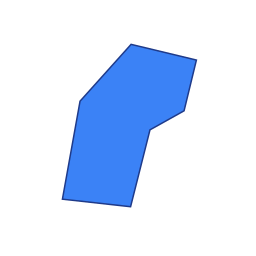 outline of Assuit City, Asyut, Egypt, rotated 49°
{"feature_id": "37247803B89417957828076", "entity_name": "Assuit City", "entity_type": "district", "adm_level": 2, "iso_a3": "EGY", "parent_name": "Egypt", "parent_adm1": "Asyut", "projection": "equal_earth", "projection_center": [31.287, 27.255], "detail": "fine", "context": "isolated", "style": "filled", "palette": "blue", "viewbox_px": 256, "rotation_deg": 49, "n_neighbors": 0, "source": "geoboundaries", "source_scale": "gbopen_adm2", "svg_char_len": 261}
<svg xmlns="http://www.w3.org/2000/svg" viewBox="0 0 256 256"><g transform="rotate(49 128 128)"><path d="M189.1,177.7L143.8,112.6L151.8,74.4L121.6,31.8L66.9,70.8L76.3,146.6L138.7,224.2L189.1,177.7Z" fill="#3b82f6" stroke="#1e3a8a" stroke-width="1.5"/></g></svg>